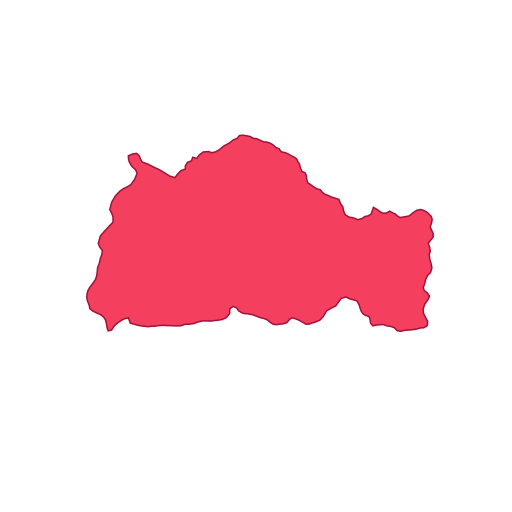 Lins, São Paulo, Brazil, rotated 235°
{"feature_id": "56859067B10725298789827", "entity_name": "Lins", "entity_type": "district", "adm_level": 2, "iso_a3": "BRA", "parent_name": "Brazil", "parent_adm1": "São Paulo", "projection": "natural_earth1", "projection_center": [-49.692, -21.647], "detail": "fine", "context": "isolated", "style": "filled", "palette": "rose", "viewbox_px": 512, "rotation_deg": 235, "n_neighbors": 0, "source": "geoboundaries", "source_scale": "gbopen_adm2", "svg_char_len": 3431}
<svg xmlns="http://www.w3.org/2000/svg" viewBox="0 0 512 512"><g transform="rotate(235 256 256)"><path d="M411.3,208.9L408.9,207.4L406.3,206.3L403.0,205.8L399.9,205.8L395.9,206.8L392.0,206.1L388.5,200.7L386.3,194.8L386.3,191.7L387.2,186.2L387.2,181.5L385.8,175.0L382.8,168.6L378.0,162.9L372.9,162.1L370.1,161.3L365.7,158.3L364.9,153.8L362.9,144.7L361.6,139.8L356.6,133.9L352.7,133.1L348.5,133.3L345.3,130.1L343.6,127.5L339.8,123.3L337.5,119.7L334.3,117.0L331.3,114.3L328.9,111.2L327.1,106.5L325.7,101.9L324.2,98.7L322.2,96.2L319.7,94.0L316.6,92.4L311.0,91.0L308.3,89.7L304.6,90.7L300.7,92.8L298.4,94.3L295.9,95.5L292.9,96.2L289.9,96.0L285.9,94.5L282.0,92.6L279.4,92.0L278.2,95.3L280.1,100.1L280.6,105.2L280.5,109.0L280.0,112.3L278.5,116.0L273.1,114.5L270.5,116.7L268.1,118.6L265.3,121.1L262.0,124.8L259.9,127.1L258.2,130.6L256.5,132.8L254.9,136.3L252.7,139.8L250.3,142.9L247.7,146.4L244.6,150.4L242.0,154.3L240.7,158.8L238.5,162.1L236.3,166.3L235.3,170.6L233.2,175.5L230.7,178.8L228.6,181.7L226.9,184.9L225.3,187.9L223.4,191.7L222.5,196.2L224.0,201.4L227.7,204.2L227.9,208.3L224.7,210.3L221.1,210.3L217.9,211.6L215.7,213.2L213.7,215.7L210.0,219.4L205.8,222.3L202.5,224.6L200.3,226.6L197.3,228.6L193.7,229.5L190.1,231.0L187.9,233.5L186.5,236.5L184.7,239.7L183.7,243.1L184.9,247.3L184.5,250.3L182.1,252.2L178.8,254.4L175.5,256.0L171.5,257.8L169.8,260.2L169.0,263.3L168.0,266.1L166.8,271.6L167.9,276.4L169.2,279.5L170.6,282.3L170.2,287.0L169.4,292.6L170.9,297.2L172.4,301.5L170.8,306.2L167.4,308.0L164.3,310.6L161.5,312.8L157.0,312.5L152.8,311.1L150.0,310.5L147.2,310.5L144.5,311.6L141.8,313.9L138.8,313.1L135.3,311.3L131.8,311.6L130.2,315.4L128.7,317.8L126.9,320.9L123.9,323.0L121.2,325.8L118.0,328.1L113.9,328.8L111.3,331.3L109.9,335.1L107.9,338.4L106.3,341.1L104.3,345.0L102.7,349.5L101.0,352.2L100.7,356.3L103.9,359.1L108.6,359.7L113.1,360.4L116.6,362.4L119.5,366.2L120.8,369.3L122.0,372.7L123.7,375.2L127.6,375.1L131.2,374.0L134.2,374.9L136.6,378.3L140.0,382.3L141.8,386.0L142.3,389.4L145.4,393.3L150.0,395.3L153.9,396.6L158.0,398.8L159.7,401.3L163.4,403.2L167.6,404.4L168.5,407.2L169.9,412.0L172.7,414.0L175.6,414.5L179.8,415.3L182.5,418.9L185.1,421.4L188.2,422.3L191.8,421.6L194.7,420.8L197.8,419.1L199.8,417.3L201.2,414.0L201.4,409.7L201.0,404.4L203.2,399.5L205.0,396.0L207.6,394.8L210.7,394.1L213.2,392.6L216.1,391.2L216.4,387.2L218.7,384.2L221.5,382.9L224.7,381.9L228.5,380.1L224.3,374.3L224.6,370.7L225.9,368.0L225.9,364.2L227.4,360.2L230.1,358.6L232.5,356.6L234.6,354.4L238.6,352.8L242.4,353.5L246.4,355.3L251.0,355.4L254.8,356.4L257.1,354.6L260.3,352.2L264.6,349.5L267.7,347.5L270.5,346.8L273.4,346.7L276.0,344.5L279.9,342.8L283.1,341.7L286.2,340.4L289.5,341.5L293.4,343.5L296.2,343.9L298.9,342.1L303.0,343.0L306.4,344.4L309.4,344.4L311.9,345.0L314.5,344.3L317.5,342.6L321.6,340.7L324.5,338.7L326.9,336.4L330.8,336.4L333.2,334.6L337.9,333.5L341.1,331.8L343.3,330.0L345.3,327.6L348.7,325.6L351.8,323.8L353.8,321.4L357.4,319.6L360.0,317.1L362.2,314.9L364.2,311.6L363.2,308.1L364.1,303.8L363.9,298.4L364.6,292.6L364.1,286.6L364.5,282.6L366.0,279.0L368.8,277.0L371.5,272.4L371.3,267.6L370.0,263.3L373.2,260.8L371.0,257.7L372.0,253.6L370.4,249.8L367.8,248.0L369.0,243.5L368.0,238.3L366.7,234.7L368.8,232.9L371.1,231.1L378.2,228.1L382.2,226.3L386.0,224.0L390.2,221.8L393.0,220.3L395.2,218.8L398.2,216.7L401.9,217.0L404.6,217.8L408.4,217.2L410.2,214.1L411.3,208.9Z" fill="#f43f5e" stroke="#9f1239" stroke-width="1.5"/></g></svg>